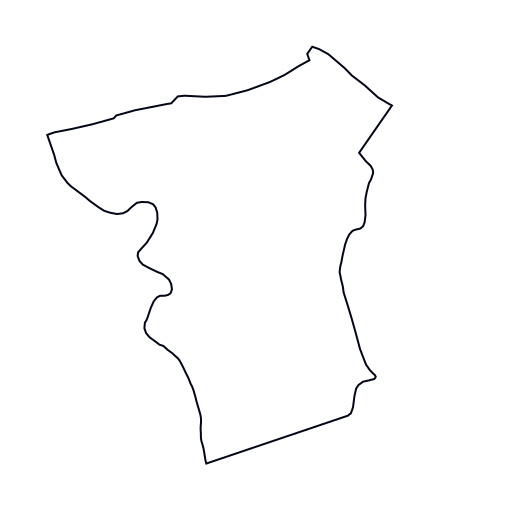 outline of Piaye, Saint Lucia, rotated 165°
{"feature_id": "8701671B45365250149949", "entity_name": "Piaye", "entity_type": "district", "adm_level": 2, "iso_a3": "LCA", "parent_name": "Saint Lucia", "parent_adm1": "", "projection": "albers", "projection_center": [-61.022, 13.757], "detail": "fine", "context": "isolated", "style": "outline", "palette": "ink", "viewbox_px": 512, "rotation_deg": 165, "n_neighbors": 0, "source": "geoboundaries", "source_scale": "gbopen_adm2", "svg_char_len": 2324}
<svg xmlns="http://www.w3.org/2000/svg" viewBox="0 0 512 512"><g transform="rotate(165 256 256)"><path d="M85.7,366.2L88.0,368.3L97.1,377.6L106.9,392.8L116.7,405.5L121.6,414.3L133.8,432.1L141.4,439.4L147.5,443.6L154.2,438.0L153.7,431.3L165.5,428.4L181.9,423.4L197.3,420.5L221.3,418.3L243.8,418.5L263.7,422.9L283.5,429.3L290.2,430.4L298.4,425.4L303.0,425.9L335.2,428.1L354.6,427.9L357.7,425.8L380.1,425.6L401.1,426.4L418.4,427.6L424.6,427.2L426.3,426.9L424.8,406.0L424.8,397.9L423.8,390.5L422.8,384.2L419.2,375.4L416.7,371.2L405.6,357.1L402.4,352.4L395.6,344.0L391.0,339.0L385.8,335.6L379.4,332.5L373.4,331.7L368.6,332.7L363.7,335.4L357.4,338.2L352.5,337.8L346.1,335.8L342.1,332.7L340.4,328.9L340.2,323.3L341.7,316.8L343.8,312.6L349.6,305.0L358.1,297.1L364.1,293.3L368.9,290.1L370.3,286.7L369.9,281.6L367.6,277.0L361.8,271.6L355.8,266.4L350.8,262.7L346.1,255.7L345.2,251.1L345.8,245.6L348.1,242.2L350.8,241.2L354.1,241.2L357.5,242.0L359.1,242.4L362.6,241.6L366.6,238.6L371.3,232.8L376.9,224.3L378.6,222.1L380.5,220.5L382.5,215.1L382.1,209.8L379.8,205.0L373.4,197.0L372.2,195.3L368.7,193.1L365.7,188.3L362.1,183.9L360.1,180.6L358.5,178.3L357.6,176.8L357.0,175.1L356.2,172.2L355.6,169.4L355.2,167.4L355.0,166.4L354.8,165.4L354.3,162.5L353.8,160.1L353.3,157.5L352.9,155.7L352.5,152.2L352.2,149.5L351.5,146.4L351.1,142.4L351.1,139.6L351.0,135.1L351.1,131.1L350.8,118.1L350.9,115.9L351.1,114.0L351.5,111.9L351.9,110.6L352.4,108.8L353.2,106.7L353.7,105.2L354.1,103.7L354.4,102.6L354.8,100.8L355.0,99.7L355.7,96.9L356.0,95.7L356.3,94.4L356.5,92.5L356.6,91.4L356.6,90.2L356.5,88.3L356.5,86.6L356.5,84.0L356.7,81.4L356.9,79.2L357.1,77.5L357.4,74.5L357.7,72.0L357.7,68.4L208.4,78.0L206.5,79.0L205.4,79.2L203.2,82.1L201.3,85.1L197.3,94.9L193.6,102.0L190.5,104.8L185.2,106.9L178.9,106.6L173.4,106.6L171.6,108.3L171.9,110.1L173.2,112.0L175.5,116.2L177.8,122.5L178.2,125.8L179.6,139.3L179.6,156.4L179.8,172.0L180.2,184.1L180.8,198.0L180.0,204.5L179.9,211.4L179.6,215.2L179.4,218.9L177.3,224.1L175.2,227.8L172.1,234.3L166.9,244.1L163.8,248.7L160.6,252.4L157.0,254.9L155.4,255.5L152.7,255.7L148.6,255.5L147.4,255.8L144.8,257.1L142.3,260.5L139.6,267.3L137.5,276.6L135.2,283.7L132.2,289.7L128.0,297.2L125.0,300.3L121.4,305.8L120.9,309.2L121.8,313.1L125.6,319.6L129.7,329.0L85.7,366.2Z" fill="none" stroke="#020617" stroke-width="2"/></g></svg>